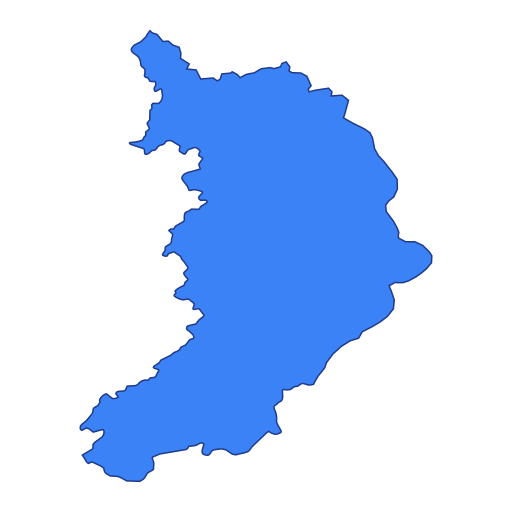 an SVG outline of Khakass
{"feature_id": "RUS-2402", "entity_name": "Khakass", "entity_type": "Republic", "adm_level": 1, "iso_a3": "RUS", "parent_name": "Russia", "parent_adm1": "", "projection": "equal_earth", "projection_center": [89.08, 53.381], "detail": "fine", "context": "isolated", "style": "filled", "palette": "blue", "viewbox_px": 512, "rotation_deg": 0, "n_neighbors": 0, "source": "natural_earth", "source_scale": "10m", "svg_char_len": 6020}
<svg xmlns="http://www.w3.org/2000/svg" viewBox="0 0 512 512"><path d="M151.3,81.5L149.8,81.1L148.0,78.0L145.3,77.1L144.6,76.2L144.4,75.5L144.9,73.1L145.0,70.5L144.8,69.1L141.9,66.6L140.8,65.0L140.4,61.1L138.9,57.5L138.1,56.6L132.6,52.4L131.5,50.9L131.3,49.5L132.0,47.7L133.9,45.5L135.0,44.7L140.8,41.8L145.9,36.8L147.8,33.6L149.9,30.7L152.3,32.9L157.0,34.4L162.9,41.5L168.2,41.1L172.9,45.1L179.2,47.3L180.9,53.4L180.5,58.4L189.2,64.0L186.7,69.0L196.1,69.9L200.7,79.0L213.3,78.0L217.1,80.8L220.0,79.5L221.9,73.9L230.7,73.1L232.2,71.8L237.4,74.6L240.0,77.7L246.2,74.4L254.4,72.8L261.1,68.8L270.0,67.6L274.1,68.6L280.5,66.8L282.0,63.4L286.2,61.9L289.8,66.8L289.1,70.9L292.0,72.7L300.9,73.0L306.9,76.3L311.1,85.7L308.2,89.2L309.0,91.8L315.5,90.2L328.5,88.2L331.9,91.7L331.2,96.0L342.0,95.2L348.5,100.3L344.8,113.9L343.5,117.9L353.2,123.4L364.4,128.9L370.0,132.8L372.5,138.0L374.6,148.8L378.4,155.7L383.7,161.3L392.6,172.7L397.1,179.2L397.4,189.0L393.8,196.9L388.7,201.0L385.6,205.2L386.3,211.6L393.5,221.3L397.1,228.0L398.8,232.3L398.3,235.6L398.6,238.1L405.7,241.8L414.7,241.7L422.7,245.4L429.3,251.9L431.8,255.7L431.5,262.7L426.8,268.4L421.8,272.7L415.9,276.9L408.5,280.9L403.1,282.6L397.7,282.7L395.2,282.4L389.1,285.8L391.5,291.7L394.3,300.1L393.4,308.8L387.4,316.4L380.1,322.0L370.8,327.4L362.3,331.7L358.6,338.2L350.2,340.8L341.4,346.3L332.9,354.0L326.5,362.6L324.7,367.9L318.0,376.2L314.5,382.3L313.5,384.4L309.9,385.0L308.1,385.0L303.9,383.6L302.3,383.5L300.9,384.0L297.8,386.2L294.0,386.8L290.6,389.5L287.2,389.9L283.7,389.5L282.9,389.8L282.4,390.5L282.7,396.6L282.5,398.5L282.0,399.9L280.9,401.2L278.0,402.8L276.9,404.1L274.8,405.6L274.0,406.6L274.2,408.7L276.1,413.7L276.6,417.2L276.6,421.3L276.8,422.6L277.7,424.8L281.0,430.7L281.2,431.9L280.7,432.6L277.4,434.0L274.9,434.3L271.8,433.2L268.6,431.4L266.7,432.7L252.1,446.6L249.8,449.9L248.0,451.5L243.9,453.0L239.6,453.8L236.5,454.7L234.7,454.7L232.1,454.0L226.0,449.9L222.0,448.9L220.5,448.9L214.7,449.7L213.1,450.2L211.9,450.8L209.7,454.1L208.6,455.0L207.2,455.3L204.7,454.8L203.0,454.0L202.3,453.0L202.1,451.9L202.2,450.1L203.8,444.5L203.7,443.9L202.5,443.1L201.5,442.9L200.4,443.0L196.7,445.0L194.4,445.7L188.6,446.4L187.6,448.5L186.1,449.5L159.8,454.0L152.5,457.1L152.3,457.6L152.4,458.6L153.8,462.8L153.5,469.2L152.6,470.1L148.5,472.4L147.4,473.2L144.5,477.9L143.5,479.0L140.7,480.9L139.5,481.3L126.7,480.9L120.9,477.6L117.7,476.4L110.7,476.0L109.6,475.6L106.1,473.5L105.1,472.4L104.3,471.0L103.8,468.3L101.0,466.1L92.4,462.1L91.0,462.2L88.6,463.4L87.7,463.0L86.5,461.8L84.8,458.8L82.3,455.1L92.2,449.2L92.7,448.6L93.0,447.4L92.9,445.4L93.3,444.0L94.6,442.5L102.3,436.8L103.4,435.0L103.9,433.2L104.1,431.4L103.3,429.9L102.3,429.6L93.2,432.1L89.7,429.3L88.4,428.5L86.9,428.1L85.5,428.3L82.5,430.1L81.4,430.2L80.6,429.4L80.2,428.4L80.5,425.9L82.4,423.9L86.4,420.7L92.3,413.5L92.8,412.3L93.3,408.7L94.4,407.5L98.0,405.6L98.4,404.5L100.0,402.5L99.6,400.2L100.1,398.9L101.4,397.0L103.4,395.2L105.7,393.9L106.7,394.0L111.5,397.8L112.7,398.6L114.4,398.6L117.0,397.9L118.2,397.1L118.1,396.6L116.0,394.2L116.0,393.1L116.4,392.4L117.0,391.9L118.5,391.4L124.1,390.9L125.5,390.0L127.2,386.1L135.3,385.7L137.6,384.7L139.7,382.3L142.1,380.8L144.6,380.1L148.0,380.2L150.5,377.8L154.5,377.4L155.2,376.9L155.8,376.3L157.3,373.1L158.5,371.2L158.8,370.0L157.6,369.3L154.3,368.3L153.4,367.3L153.7,366.6L154.7,365.7L159.1,362.9L160.8,360.3L161.5,359.8L170.7,355.3L173.8,352.7L178.4,350.7L179.5,349.7L180.6,347.6L181.2,347.0L185.2,345.2L185.9,344.6L189.6,339.9L191.1,339.1L193.4,338.6L193.8,337.6L193.5,335.9L193.1,334.9L189.4,331.3L187.1,329.7L186.6,328.6L187.0,326.6L188.1,325.8L196.0,323.9L198.9,320.0L203.3,316.5L203.9,315.8L204.0,315.2L199.3,309.0L198.8,308.8L196.8,308.9L194.1,309.5L193.0,308.9L193.1,307.8L194.1,305.2L194.0,303.5L189.0,299.3L187.8,299.1L183.3,299.8L182.1,299.7L178.7,298.6L175.0,296.7L174.1,295.7L174.4,294.8L175.7,293.2L175.9,292.6L175.1,291.1L175.3,290.7L177.3,289.0L180.9,286.8L183.9,285.6L185.2,282.1L187.6,280.0L187.8,279.4L187.4,278.4L186.0,277.1L183.9,274.0L183.8,273.2L184.0,272.4L187.3,269.3L187.9,268.3L187.9,267.6L187.7,266.9L183.7,261.3L181.6,259.0L181.0,257.1L180.6,256.4L174.2,252.0L173.6,251.9L168.6,253.7L168.1,254.1L167.5,255.6L166.5,256.2L164.9,256.1L162.9,255.4L162.6,254.9L162.5,254.3L164.8,250.9L165.2,249.7L165.1,247.7L165.4,247.1L165.9,246.5L169.8,244.1L170.8,243.1L171.4,241.8L171.5,239.6L172.6,235.1L172.5,234.3L172.2,233.6L169.2,231.0L168.9,230.4L169.2,230.0L170.9,229.0L173.1,229.1L173.9,228.8L174.6,227.3L175.7,226.0L183.7,221.4L184.3,220.1L184.3,216.1L184.5,214.6L184.9,213.2L186.1,212.1L188.7,211.1L191.6,209.1L197.7,209.3L199.1,209.1L200.9,206.4L206.0,203.2L206.9,202.3L207.2,201.7L206.6,200.7L205.5,200.1L200.6,200.3L199.2,199.2L198.7,197.5L198.9,196.7L202.5,192.6L202.5,192.1L202.0,191.7L200.5,191.0L196.1,189.8L194.0,189.7L189.7,190.5L189.0,190.2L187.4,186.2L183.0,180.6L181.8,178.3L182.4,176.3L183.8,174.5L184.9,173.8L187.4,172.6L200.1,169.1L200.1,168.3L198.9,165.0L198.9,164.3L199.1,163.6L202.3,159.1L202.7,158.3L202.4,157.8L199.4,156.1L198.8,155.4L198.6,154.8L198.8,154.2L200.1,151.2L199.8,150.6L197.4,148.4L196.1,147.7L194.6,147.5L188.6,149.5L187.5,150.4L185.5,153.6L185.0,154.1L183.8,154.0L180.4,151.9L179.3,150.8L179.3,149.5L180.2,146.6L180.0,146.0L172.3,141.2L170.0,140.5L167.6,140.8L165.9,141.4L164.7,143.2L164.0,143.9L162.8,144.6L159.9,145.3L157.8,146.6L156.6,148.6L154.9,150.2L151.8,150.6L149.1,153.1L147.4,154.1L145.4,154.3L144.7,153.4L144.3,149.5L143.6,148.6L131.1,144.5L130.0,143.9L129.6,143.4L129.5,143.0L129.9,142.6L136.3,141.9L141.8,140.5L142.8,139.7L143.9,137.3L145.7,135.5L145.7,132.8L145.9,131.8L148.7,129.6L149.3,128.6L149.1,127.5L147.3,124.2L147.2,123.1L149.7,119.9L150.0,110.4L151.8,108.7L151.9,107.6L151.6,105.0L152.7,103.6L153.4,103.3L157.4,103.5L159.1,103.2L161.1,100.7L162.1,98.8L162.5,95.8L161.7,89.7L161.3,89.1L160.1,89.0L156.5,91.1L155.3,91.4L154.8,91.1L154.3,90.1L154.1,88.3L155.6,85.4L155.8,84.5L155.6,82.6L155.0,81.5L151.3,81.5Z" fill="#3b82f6" stroke="#1e3a8a" stroke-width="1.5"/></svg>